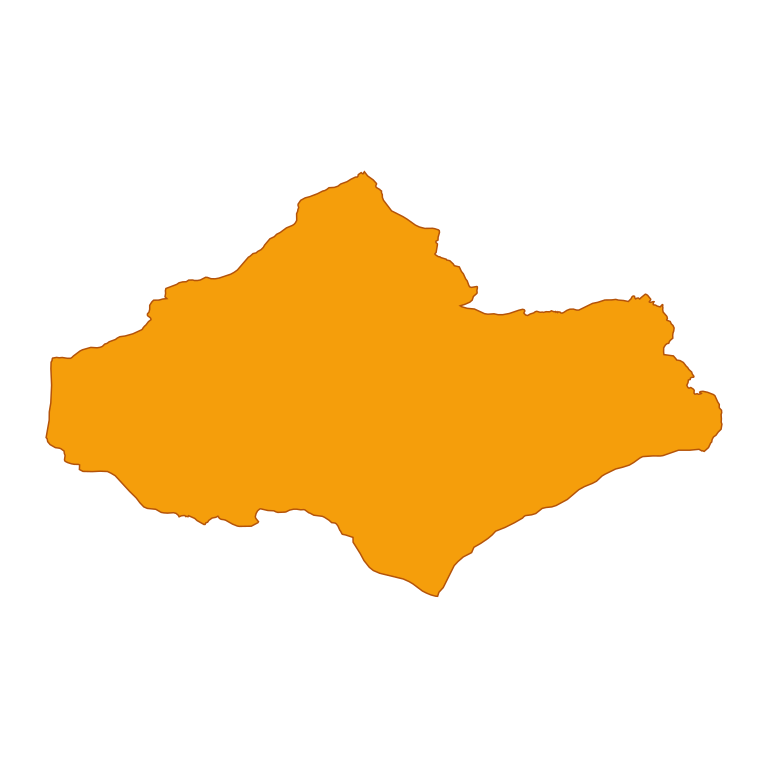 the district of Ruscova, Maramures, Romania
{"feature_id": "2599482B43305241413801", "entity_name": "Ruscova", "entity_type": "district", "adm_level": 2, "iso_a3": "ROU", "parent_name": "Romania", "parent_adm1": "Maramures", "projection": "robinson", "projection_center": [24.321, 47.803], "detail": "fine", "context": "isolated", "style": "filled", "palette": "amber", "viewbox_px": 768, "rotation_deg": 0, "n_neighbors": 0, "source": "geoboundaries", "source_scale": "gbopen_adm2", "svg_char_len": 6091}
<svg xmlns="http://www.w3.org/2000/svg" viewBox="0 0 768 768"><path d="M701.8,450.9L702.2,450.7L704.2,451.4L708.5,447.6L710.7,442.9L711.7,442.0L712.1,439.6L713.0,437.8L713.7,436.8L716.0,435.2L718.1,432.2L721.1,429.2L721.9,424.2L721.2,422.1L721.4,418.8L721.1,414.6L721.7,412.7L721.5,410.3L719.5,408.1L719.2,407.3L719.3,404.4L717.8,402.1L714.9,395.7L713.5,394.6L707.6,392.3L703.0,391.3L700.8,391.5L699.7,392.1L699.8,392.5L701.4,393.4L700.9,393.8L698.5,394.3L697.2,393.7L695.0,394.2L694.0,393.1L694.2,390.3L693.3,389.1L690.8,387.5L689.0,388.2L687.9,387.5L686.8,385.2L688.0,382.7L688.4,380.0L690.2,379.5L690.3,378.3L690.7,377.9L692.0,377.3L693.6,377.2L693.9,376.3L692.2,373.9L691.7,372.1L688.9,369.5L687.6,367.4L686.3,366.3L683.4,362.5L680.1,360.6L676.6,360.0L676.0,358.9L673.4,355.9L663.9,354.6L663.6,352.0L663.7,347.8L665.4,345.0L666.9,343.7L668.7,343.3L669.4,341.6L670.2,340.4L672.8,338.2L672.7,335.3L673.0,333.0L673.7,331.1L674.1,328.0L673.0,325.5L671.3,323.9L670.2,321.5L666.9,320.2L666.7,319.8L667.4,318.4L666.9,316.4L663.1,312.0L662.7,309.6L662.9,307.7L662.6,306.3L662.8,305.6L662.7,304.7L662.3,304.6L660.1,306.9L657.2,306.1L655.6,305.1L653.6,304.8L653.3,304.6L653.2,303.5L654.0,301.7L653.2,301.6L650.7,302.4L649.4,302.1L649.3,301.6L650.6,300.0L650.7,299.2L647.6,295.3L646.4,294.5L645.3,294.2L641.2,297.5L639.7,299.0L638.3,298.0L636.9,298.2L635.6,298.9L635.0,298.3L634.5,296.3L633.6,296.0L632.8,296.2L631.8,297.1L631.1,298.7L628.3,301.5L623.5,300.5L618.4,300.1L615.8,299.4L611.8,299.9L604.9,300.0L597.8,302.3L592.5,303.4L578.8,310.1L576.8,310.1L573.3,309.1L569.8,309.2L566.8,310.4L563.8,312.4L562.2,313.1L560.9,313.0L560.2,312.2L559.0,311.9L558.4,311.9L557.6,312.5L557.1,311.7L555.9,312.3L555.5,311.5L554.1,311.8L551.4,310.8L549.7,311.8L546.0,311.7L543.6,312.4L542.5,312.1L540.1,312.3L536.8,311.3L535.3,311.7L533.7,312.9L530.2,314.0L527.7,315.5L525.6,315.0L524.0,313.3L524.0,312.6L524.8,311.1L524.7,310.4L524.1,309.7L522.6,309.3L518.9,310.2L509.2,313.5L502.7,314.7L498.1,314.7L494.0,313.8L487.9,314.2L484.6,313.7L474.4,309.0L467.1,308.3L461.6,306.7L460.2,305.8L464.7,304.4L469.8,302.2L472.2,300.1L473.4,296.5L476.9,293.4L477.1,292.6L476.9,290.3L477.4,288.0L477.3,286.8L476.8,286.5L471.5,287.4L469.9,287.0L468.9,285.6L467.2,280.9L465.6,278.8L463.4,273.9L461.4,271.4L459.3,266.9L454.3,265.7L453.3,264.0L449.8,260.7L446.7,260.0L446.2,259.2L441.0,257.6L440.0,256.9L438.2,256.6L435.1,254.5L435.0,253.6L436.1,252.5L437.4,244.8L437.4,243.9L436.0,242.6L435.9,241.7L436.1,241.1L438.0,240.1L438.1,237.3L439.5,232.4L439.3,230.7L438.5,229.9L434.8,228.7L432.6,228.3L424.8,228.4L419.4,227.0L415.4,225.1L407.0,219.1L402.9,216.6L391.6,210.9L383.5,200.3L382.4,197.4L382.3,194.6L381.5,192.8L381.5,191.0L380.3,190.2L379.8,189.5L377.0,187.9L376.0,187.0L375.7,185.9L376.5,184.2L376.5,183.5L373.2,179.9L367.6,175.9L364.4,171.7L363.7,172.6L363.5,173.6L362.5,173.7L361.2,172.6L358.3,174.6L357.9,176.4L357.3,177.0L355.4,177.1L351.0,179.2L347.0,181.7L340.7,184.0L337.9,186.2L334.3,187.4L329.0,187.7L326.7,189.5L324.9,190.5L322.6,191.1L317.5,193.7L309.6,196.7L305.1,197.9L300.7,200.3L298.1,204.1L298.0,205.2L298.7,207.6L297.9,209.6L297.7,211.2L296.6,213.7L296.7,220.4L295.4,222.8L294.2,224.2L292.4,225.4L286.4,227.9L280.2,232.5L276.6,234.3L274.3,236.7L269.9,238.8L264.6,245.1L263.4,247.3L261.0,249.7L257.8,251.4L256.1,252.9L253.0,253.6L250.1,256.2L248.4,257.2L237.4,270.0L234.2,272.3L230.7,274.2L219.0,278.1L215.1,278.8L211.0,278.7L207.3,277.4L205.6,277.3L200.3,280.0L197.5,280.5L194.4,280.5L192.7,280.0L188.7,280.1L186.3,281.7L182.6,281.9L179.0,282.8L176.7,284.4L165.9,288.5L165.4,290.7L165.6,293.4L165.0,296.8L166.8,298.6L162.8,299.0L158.9,300.1L153.6,300.2L151.7,302.1L149.7,305.3L149.7,309.3L149.0,312.1L147.5,313.8L147.4,314.5L147.4,315.2L148.1,316.2L149.8,317.3L150.7,318.3L151.0,319.7L148.5,321.6L145.9,325.0L144.5,326.2L143.0,328.0L142.6,328.9L141.6,329.8L132.9,333.8L125.1,336.0L119.9,336.7L117.2,338.1L115.4,339.5L109.1,341.8L107.2,343.3L104.7,344.1L102.4,346.4L100.1,347.3L97.1,347.8L90.8,347.4L82.4,349.8L80.0,351.0L73.4,356.0L72.0,357.4L70.6,358.3L67.4,358.3L62.2,357.5L59.2,357.8L56.6,357.4L52.6,358.1L52.2,358.9L52.1,360.4L51.1,362.2L50.9,368.6L51.6,385.2L50.8,402.9L49.3,411.9L49.2,420.1L46.1,437.6L47.1,438.7L47.7,441.7L50.1,444.6L55.3,447.6L59.5,448.2L61.0,448.8L64.1,451.1L64.3,453.3L65.1,455.6L64.5,459.6L64.7,460.7L65.3,461.4L67.7,462.6L71.5,463.8L74.2,464.3L78.4,464.4L79.6,464.9L79.4,469.5L83.0,471.4L92.2,471.6L100.1,471.2L107.5,471.5L111.0,473.2L115.2,475.7L129.7,491.5L136.3,498.0L140.0,502.9L143.8,506.9L147.3,508.4L155.8,509.3L161.2,512.4L164.0,512.9L167.5,513.1L173.6,512.7L176.1,513.4L178.3,515.3L179.1,516.8L181.4,515.8L184.0,515.5L184.9,515.6L185.8,516.6L186.8,516.3L187.8,516.7L188.1,516.7L188.6,515.7L194.7,518.4L197.1,520.6L204.0,524.5L205.1,524.4L205.8,522.9L207.6,522.2L208.9,520.3L212.2,518.0L215.8,517.3L217.9,516.2L219.5,518.4L221.1,519.3L223.9,519.7L225.6,520.2L232.5,524.1L237.2,526.0L239.3,526.4L251.3,526.2L257.9,522.7L258.5,521.7L255.7,518.2L255.3,516.6L256.1,513.5L257.6,510.8L259.6,509.1L260.6,508.8L267.9,510.5L273.9,510.8L275.8,511.8L277.8,512.4L284.9,512.1L286.0,511.9L289.6,510.1L293.6,509.2L296.7,509.2L300.7,509.8L303.9,509.6L304.9,509.9L308.8,512.8L309.9,513.1L313.8,515.2L322.3,516.3L324.5,517.3L329.0,520.2L331.6,522.6L334.9,523.0L336.4,523.9L338.0,526.1L339.8,530.2L340.6,531.2L341.9,533.8L342.5,534.3L345.4,534.9L353.0,537.4L353.1,542.2L360.2,553.5L364.0,560.6L369.4,567.4L373.3,570.5L379.8,573.3L403.3,579.0L409.1,581.6L412.8,583.8L422.4,591.0L426.3,593.0L430.9,594.9L435.7,596.2L437.6,596.3L438.9,592.3L443.2,587.6L454.2,565.6L457.9,561.6L463.3,556.9L471.6,552.6L473.9,547.3L481.0,543.2L487.9,538.5L492.2,534.9L495.6,531.2L505.3,527.3L514.5,522.7L522.5,518.1L524.0,516.5L525.4,515.6L531.6,514.8L535.8,513.5L542.2,508.4L546.0,507.5L551.8,506.9L556.2,505.5L567.4,499.4L578.9,489.6L584.4,486.6L592.5,483.3L596.5,481.2L602.0,476.0L605.0,474.2L615.6,469.0L622.7,467.2L629.3,465.1L633.7,462.5L639.9,458.0L642.7,456.6L653.1,455.9L660.2,456.0L663.0,455.6L678.5,450.2L689.7,450.2L699.0,449.3L701.8,450.9Z" fill="#f59e0b" stroke="#b45309" stroke-width="1.5"/></svg>